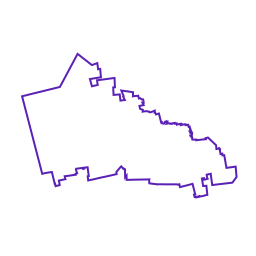 José María Morelos, Quintana Roo, Mexico, rotated 76°
{"feature_id": "50627088B89953909022202", "entity_name": "José María Morelos", "entity_type": "district", "adm_level": 2, "iso_a3": "MEX", "parent_name": "Mexico", "parent_adm1": "Quintana Roo", "projection": "albers", "projection_center": [-88.782, 19.708], "detail": "fine", "context": "isolated", "style": "outline", "palette": "violet", "viewbox_px": 256, "rotation_deg": 76, "n_neighbors": 0, "source": "geoboundaries", "source_scale": "gbopen_adm2", "svg_char_len": 4339}
<svg xmlns="http://www.w3.org/2000/svg" viewBox="0 0 256 256"><g transform="rotate(76 128 128)"><path d="M71.6,223.1L94.0,222.9L133.1,222.5L135.4,222.5L141.3,222.4L143.1,222.4L151.7,222.3L151.7,219.3L152.0,215.4L152.3,212.5L164.4,212.6L164.4,212.2L166.9,212.3L166.9,208.1L164.3,207.9L162.3,207.8L162.5,201.1L159.5,201.1L160.0,197.0L160.2,194.9L160.5,191.7L160.7,190.0L159.7,189.9L159.6,188.3L156.0,188.6L155.4,188.3L155.0,188.2L155.5,183.8L155.5,183.7L155.7,181.6L156.9,181.5L156.8,180.3L155.9,180.3L156.3,176.7L161.4,177.3L165.1,177.7L165.1,178.8L169.3,179.3L169.3,177.2L169.4,175.4L169.5,171.8L169.5,169.9L169.5,168.0L169.6,164.9L169.7,162.6L169.9,155.8L169.9,154.3L169.9,153.7L170.0,150.2L167.8,149.9L167.7,149.8L167.6,149.6L163.9,144.4L163.6,143.8L166.4,142.5L166.1,142.1L167.3,140.9L167.8,141.0L168.8,141.1L169.2,141.4L175.2,142.7L173.8,140.9L178.0,141.9L178.8,138.4L179.4,135.6L183.0,119.9L183.1,120.0L186.8,120.7L187.6,118.8L187.7,118.4L187.8,118.4L188.8,115.7L189.6,113.4L189.8,113.3L189.8,113.2L189.9,112.9L189.8,112.7L189.9,112.4L194.5,94.1L195.1,93.4L195.0,91.8L197.9,91.9L197.9,90.9L197.9,84.3L197.8,78.9L208.6,78.8L208.6,79.8L208.6,80.1L211.1,80.0L211.1,78.7L211.8,78.7L211.9,76.2L211.4,76.3L211.3,75.1L211.9,75.0L212.1,70.9L212.0,69.3L212.1,67.2L208.4,66.7L203.0,65.9L202.5,69.1L194.9,68.5L195.0,66.5L196.5,66.8L196.7,65.5L196.5,63.0L195.8,63.2L194.1,63.2L193.9,63.2L193.0,63.0L192.3,62.9L192.3,62.5L192.5,58.8L193.0,58.9L203.7,60.1L206.3,40.0L204.2,37.4L203.7,36.8L201.7,34.5L191.5,32.9L191.2,35.9L190.5,42.1L177.7,41.2L177.4,43.0L175.7,42.7L175.6,44.5L171.0,44.2L171.0,43.9L170.3,43.9L169.5,44.4L169.5,44.7L169.9,45.2L169.8,47.3L166.0,46.7L156.6,52.7L156.6,53.5L156.6,55.2L157.7,55.2L157.4,57.1L157.3,57.9L157.1,59.0L156.9,60.9L156.4,64.7L155.8,64.5L155.3,66.5L154.8,68.4L153.8,68.2L152.5,68.0L152.4,68.6L151.4,68.4L150.7,69.4L150.4,69.4L150.6,67.9L149.9,67.5L148.2,67.0L148.2,67.3L148.5,67.4L148.7,67.6L148.9,67.7L148.6,67.9L148.4,68.2L148.3,68.3L148.1,68.6L147.9,68.6L147.5,68.7L147.2,68.7L146.9,68.8L147.0,68.6L147.0,68.4L147.0,68.0L147.0,67.8L147.0,67.5L145.6,67.6L145.3,67.6L145.1,67.7L144.7,67.7L144.1,67.7L144.2,68.1L143.9,68.0L143.4,68.0L142.6,67.9L141.6,67.8L141.6,68.2L141.6,68.6L141.6,68.9L140.5,68.9L139.4,68.8L139.3,70.1L139.2,71.4L138.3,71.3L138.2,71.5L138.1,71.8L138.1,72.0L138.1,72.4L138.1,72.9L138.0,73.1L138.0,73.4L138.0,73.5L138.0,74.0L138.0,74.5L138.0,75.0L138.0,75.4L138.0,75.6L138.0,75.8L138.0,76.0L137.8,75.9L137.6,75.8L137.1,75.6L136.8,75.5L136.7,75.4L136.6,75.6L136.6,76.0L136.5,76.3L136.6,79.8L135.3,79.6L135.2,81.4L134.4,81.3L134.2,83.2L134.6,83.5L134.5,84.9L134.5,85.1L134.0,85.2L133.8,86.6L133.3,87.1L133.2,89.3L133.1,89.2L133.0,89.4L132.6,89.1L132.1,89.4L131.8,89.3L132.0,88.6L131.2,88.1L130.8,89.0L131.2,89.3L131.0,89.8L130.9,90.1L130.8,90.5L131.7,91.4L132.5,92.1L131.9,93.4L131.5,94.2L130.3,93.8L130.2,94.4L130.2,94.5L128.9,94.5L127.8,94.5L127.4,94.5L126.2,94.5L125.5,94.5L124.7,94.5L124.0,94.5L123.3,94.5L121.4,94.5L121.4,94.9L121.5,95.2L121.5,95.8L121.5,96.2L121.6,96.9L121.6,97.6L119.5,97.9L119.5,98.4L117.6,97.9L117.7,98.4L117.9,99.7L118.1,101.2L118.2,102.7L117.8,103.4L117.3,103.5L117.1,103.8L117.0,104.1L116.8,104.6L116.2,105.9L115.9,107.3L115.7,108.8L115.7,109.8L113.9,109.2L113.6,109.8L112.7,111.0L112.2,111.7L111.8,111.7L109.3,111.5L109.4,110.2L109.6,107.3L106.9,107.9L107.2,106.6L106.7,106.6L105.7,106.5L104.1,106.4L103.9,106.4L103.6,107.8L102.5,108.5L102.1,108.9L102.0,109.3L102.0,109.7L102.0,110.0L102.0,110.3L101.7,110.3L101.1,110.3L100.8,110.3L100.6,110.3L100.4,110.3L100.2,110.3L99.9,110.3L99.7,110.3L99.2,110.3L99.2,110.5L99.2,110.8L99.1,111.0L99.1,111.3L99.0,111.5L98.9,112.1L98.7,113.2L98.7,113.5L98.5,114.5L98.5,114.9L98.4,115.1L98.4,115.5L98.2,115.4L97.9,115.3L97.3,115.2L96.5,115.0L96.1,114.9L95.7,114.8L95.0,114.7L94.5,114.5L94.0,115.7L93.5,116.9L93.3,117.3L93.0,118.0L90.4,124.5L90.0,125.4L91.0,125.3L96.0,124.5L96.3,125.1L99.6,124.4L100.1,124.3L99.7,127.4L99.6,128.7L93.4,127.9L93.3,128.6L92.4,134.0L86.8,132.9L85.0,132.5L85.3,130.8L79.7,129.7L78.1,129.3L76.2,129.0L74.4,144.8L74.2,146.5L78.9,147.0L78.8,152.9L71.3,153.1L72.2,142.0L63.9,140.7L63.7,142.8L63.3,142.7L57.6,142.1L58.2,147.8L55.4,150.0L52.4,152.3L48.7,155.3L45.6,157.6L43.9,159.0L67.9,180.7L68.8,181.5L71.7,184.2L71.6,212.3L71.6,216.1L71.6,223.1Z" fill="none" stroke="#5b21b6" stroke-width="2"/></g></svg>